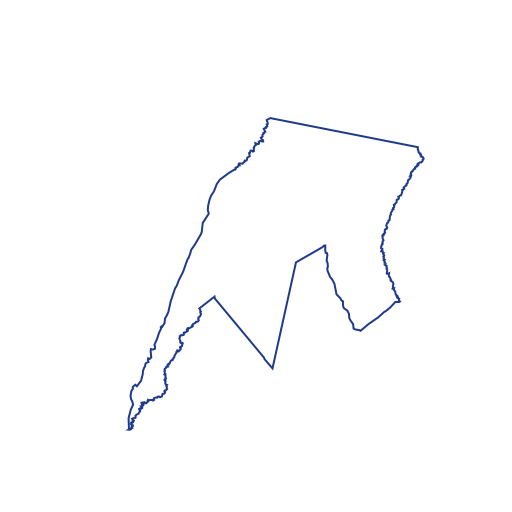 the district of Shangombo, Western, Zambia, rotated 62°
{"feature_id": "96606910B19262681040951", "entity_name": "Shangombo", "entity_type": "district", "adm_level": 2, "iso_a3": "ZMB", "parent_name": "Zambia", "parent_adm1": "Western", "projection": "natural_earth1", "projection_center": [22.677, -16.496], "detail": "fine", "context": "isolated", "style": "outline", "palette": "blue", "viewbox_px": 512, "rotation_deg": 62, "n_neighbors": 0, "source": "geoboundaries", "source_scale": "gbopen_adm2", "svg_char_len": 6113}
<svg xmlns="http://www.w3.org/2000/svg" viewBox="0 0 512 512"><g transform="rotate(62 256 256)"><path d="M235.9,62.0L140.9,178.7L141.0,182.7L144.1,183.2L145.1,183.9L144.9,184.8L146.8,185.2L146.9,186.3L147.4,186.7L146.9,187.1L147.3,187.6L147.3,189.4L150.4,189.5L150.2,189.9L151.3,190.9L151.0,192.0L151.8,192.3L152.1,193.5L153.6,194.1L153.8,196.1L155.5,196.2L157.1,195.4L158.2,195.9L157.3,197.5L156.4,198.3L156.3,199.9L158.1,200.5L158.3,201.1L158.1,201.8L156.1,203.6L158.0,204.1L158.2,205.3L159.2,207.1L160.1,207.1L161.0,208.1L162.4,208.6L162.4,209.7L160.9,210.3L160.4,211.4L162.1,212.9L161.9,213.8L164.9,214.6L165.1,217.6L166.7,218.7L167.2,219.6L167.1,220.4L166.5,220.9L167.0,221.9L167.7,222.3L167.6,223.2L168.2,224.6L166.3,227.3L166.7,228.2L168.3,228.0L167.9,229.2L168.9,230.6L168.4,231.9L168.6,232.7L169.2,232.7L170.0,233.6L169.6,234.2L169.9,240.6L171.6,252.0L174.0,256.8L179.2,262.8L181.7,267.4L184.7,270.8L189.2,274.7L193.0,277.1L196.2,277.7L196.6,278.1L201.7,287.4L209.4,292.7L210.8,294.3L217.5,305.0L220.1,310.3L223.1,313.1L225.9,316.3L226.9,318.2L235.8,327.9L241.3,335.7L245.0,339.9L246.7,342.8L256.0,352.6L264.2,359.6L266.5,362.5L268.5,365.7L272.4,368.3L274.5,372.1L273.8,372.4L274.1,373.5L275.6,374.0L278.4,377.8L282.3,381.8L286.9,387.5L288.7,387.7L290.5,388.8L290.2,391.0L288.9,392.5L290.5,393.7L296.4,396.1L297.0,398.3L295.7,399.2L296.7,400.1L299.1,400.7L298.9,403.1L299.3,404.2L301.5,405.9L302.0,407.1L304.4,409.7L307.4,411.7L312.2,416.1L315.1,422.3L313.0,423.0L313.8,426.3L315.5,427.1L316.8,429.5L320.5,432.4L323.5,433.5L326.3,433.5L329.7,434.4L332.9,438.7L339.3,444.6L349.5,449.6L349.5,450.0L349.7,449.7L349.5,448.8L350.2,448.7L350.3,447.9L349.7,447.4L349.8,446.1L348.8,446.3L348.5,444.6L347.9,444.3L347.5,445.2L347.0,444.9L346.3,445.3L346.0,444.5L345.5,444.2L344.7,444.7L344.5,444.4L344.9,443.8L344.4,443.1L345.0,442.5L343.9,441.1L342.6,441.9L342.2,441.5L341.5,441.7L341.8,439.4L342.2,438.4L341.9,437.9L340.5,437.5L340.0,435.9L340.1,433.7L339.3,432.9L338.7,431.2L337.9,430.7L336.7,431.3L336.1,431.0L336.0,429.7L337.0,428.7L336.9,427.9L336.4,427.6L335.1,427.9L335.5,427.3L334.7,425.3L333.9,425.4L333.6,426.5L331.8,426.0L332.8,423.0L333.1,422.9L333.4,423.7L334.5,422.2L333.7,419.4L333.0,419.7L332.4,418.9L333.1,418.7L333.2,417.7L334.4,415.2L335.3,414.8L335.2,413.5L334.3,413.5L333.6,412.6L334.0,410.6L334.7,409.9L334.1,408.3L334.9,407.3L335.6,407.1L335.9,405.1L333.9,403.2L334.5,401.6L333.9,400.5L333.1,400.5L332.7,399.9L332.2,400.2L332.0,399.9L332.0,399.1L332.3,398.8L331.7,396.9L330.9,397.0L329.6,396.1L328.7,396.3L328.0,395.1L327.1,396.0L325.7,395.9L324.0,394.6L323.5,395.0L322.6,395.0L322.7,394.3L322.1,394.1L322.1,393.5L321.5,393.4L321.5,392.9L320.7,393.0L318.9,391.9L317.7,392.5L317.4,391.4L316.8,391.6L315.3,391.2L314.7,390.3L314.1,390.5L312.8,389.6L312.6,388.1L311.9,387.6L312.3,385.7L311.4,385.9L310.5,385.1L310.3,384.3L310.9,384.4L311.0,384.0L310.2,382.5L308.8,380.9L308.5,380.0L308.7,378.6L308.1,378.5L307.9,377.2L307.1,376.6L307.0,375.6L305.9,374.9L303.7,371.2L303.3,371.1L303.4,370.4L302.4,369.9L302.7,369.2L303.9,368.9L303.0,366.3L302.0,365.7L301.4,366.1L300.8,365.9L300.6,365.5L300.9,363.8L299.6,362.6L298.6,362.4L298.7,361.8L298.1,361.7L297.5,363.2L296.9,363.5L295.5,362.7L292.8,362.4L292.0,361.3L291.0,361.0L290.7,359.1L291.2,358.9L291.7,357.0L291.3,356.3L290.0,356.0L289.8,355.3L290.3,354.2L290.1,351.3L289.3,350.9L288.6,351.6L287.7,350.4L287.8,349.6L288.5,349.0L288.4,344.9L287.9,344.6L287.6,345.3L287.1,344.9L286.9,343.9L286.5,343.4L286.6,340.8L285.9,339.9L286.5,338.6L286.5,337.7L285.9,336.7L284.6,336.7L284.3,336.1L283.2,335.7L283.0,333.7L281.4,331.7L279.8,331.8L279.2,330.8L278.5,331.1L277.5,330.5L275.7,330.7L272.4,311.7L274.2,312.3L349.2,296.7L351.4,296.8L363.0,294.2L280.4,223.7L279.4,193.5L278.8,190.8L279.3,189.9L283.4,192.2L285.9,193.0L286.7,192.0L288.5,192.4L293.2,195.8L295.9,196.1L299.3,197.6L300.2,198.8L302.8,199.8L309.1,200.4L313.2,199.7L317.4,199.8L327.6,202.9L332.8,201.4L335.8,201.3L336.8,200.5L340.1,202.2L342.0,202.8L343.6,202.8L347.1,201.0L350.8,201.1L354.6,202.8L357.8,202.8L361.7,202.2L365.9,203.9L367.4,202.9L370.0,199.5L371.1,198.9L368.9,188.4L367.6,177.1L365.6,169.1L365.5,166.5L364.4,161.4L362.0,154.5L363.8,151.3L363.7,150.3L362.6,150.7L361.5,150.4L361.0,149.7L359.7,150.5L359.7,150.0L359.3,150.0L358.7,150.7L358.1,150.7L358.5,150.1L357.8,149.8L355.3,150.7L352.6,149.7L350.3,150.3L349.6,149.5L349.2,150.0L349.0,149.6L348.7,150.3L348.2,149.5L347.0,149.4L345.0,147.7L343.4,147.5L341.3,148.5L340.9,148.1L340.2,148.5L339.8,148.0L337.8,147.7L336.7,148.2L334.8,147.5L333.7,146.6L333.6,148.0L332.9,148.8L330.0,146.7L328.7,146.8L328.3,146.1L326.9,146.0L326.3,145.3L324.4,146.3L324.4,145.6L323.6,145.1L323.0,145.4L322.0,145.2L321.9,145.5L321.0,144.8L319.9,145.2L319.7,144.5L319.4,144.9L319.0,144.4L318.3,144.6L317.1,143.5L316.1,143.7L315.6,142.5L313.8,142.8L313.3,141.7L311.9,142.4L311.3,142.0L310.6,143.1L309.2,141.1L307.8,141.9L306.1,140.8L306.0,140.3L305.0,139.5L304.9,138.6L304.0,138.5L303.8,137.9L302.5,137.4L302.0,136.1L299.7,135.9L298.1,134.9L297.7,135.1L297.0,134.4L297.4,133.4L296.4,132.9L296.6,132.3L296.1,131.9L296.1,131.2L294.2,130.6L293.3,129.8L293.5,129.4L293.0,128.3L293.3,127.7L292.5,126.8L290.1,126.6L288.5,124.8L288.6,124.2L287.7,122.6L286.9,122.4L287.0,121.2L283.5,118.9L282.7,117.3L282.1,117.4L281.0,116.3L280.2,114.7L279.3,114.0L279.3,113.3L279.0,113.5L278.0,112.4L278.2,112.0L277.5,110.9L275.6,110.3L275.8,109.3L275.3,109.0L274.6,106.7L272.7,105.6L272.4,104.7L272.7,103.7L272.0,102.6L270.7,102.5L270.9,102.2L270.3,100.9L270.5,99.4L268.2,96.9L267.0,96.2L266.7,95.5L266.2,95.6L266.3,93.6L264.7,93.4L264.2,89.9L263.2,89.6L262.8,88.0L260.3,85.9L260.4,85.1L259.3,82.6L257.8,81.6L257.6,81.0L257.1,81.0L257.1,81.3L256.8,80.8L256.1,80.9L254.9,79.7L255.1,79.3L254.5,78.5L254.5,77.5L253.5,76.2L253.6,74.5L252.6,74.1L252.7,73.6L252.2,73.0L252.5,71.5L251.8,71.3L251.8,69.8L251.3,69.6L250.9,70.4L250.4,69.9L250.4,67.2L251.0,66.1L250.3,64.3L249.2,63.7L249.3,63.0L248.8,62.3L247.2,62.2L245.9,63.4L245.8,63.0L243.3,62.7L243.4,63.3L242.3,63.0L241.9,63.5L240.5,63.7L240.1,63.3L237.7,63.1L235.9,62.0Z" fill="none" stroke="#1e3a8a" stroke-width="2"/></g></svg>